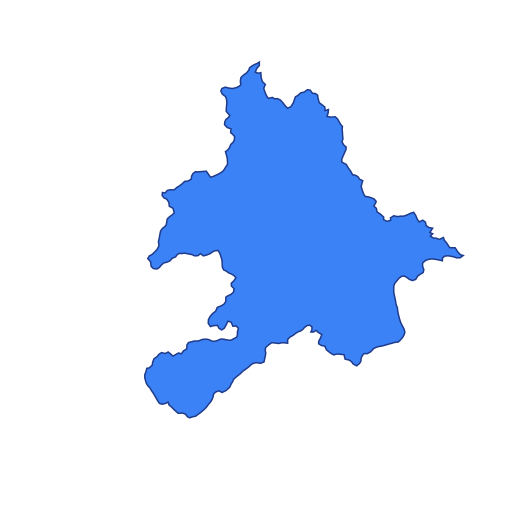 Raul Soares, Minas Gerais, Brazil, rotated 143°
{"feature_id": "56859067B17735283433426", "entity_name": "Raul Soares", "entity_type": "district", "adm_level": 2, "iso_a3": "BRA", "parent_name": "Brazil", "parent_adm1": "Minas Gerais", "projection": "albers", "projection_center": [-42.376, -20.024], "detail": "fine", "context": "isolated", "style": "filled", "palette": "blue", "viewbox_px": 512, "rotation_deg": 143, "n_neighbors": 0, "source": "geoboundaries", "source_scale": "gbopen_adm2", "svg_char_len": 5858}
<svg xmlns="http://www.w3.org/2000/svg" viewBox="0 0 512 512"><g transform="rotate(143 256 256)"><path d="M292.5,363.0L294.5,360.9L294.5,357.7L293.1,355.2L293.3,351.3L295.3,347.9L293.5,344.0L295.5,339.5L298.9,339.3L301.5,339.4L304.6,339.0L306.6,337.1L308.8,335.0L311.1,334.4L314.3,334.3L317.1,333.4L319.2,331.6L322.3,328.7L325.2,326.3L327.3,322.6L330.9,320.8L335.1,320.1L338.4,319.8L341.0,320.3L344.0,319.1L343.7,314.9L346.0,310.8L345.5,307.7L342.9,305.2L339.9,305.0L337.3,305.7L334.1,306.0L330.6,304.6L327.6,303.9L324.2,304.6L320.9,303.7L318.4,304.4L316.0,304.4L313.8,302.6L311.3,301.3L309.0,298.6L306.3,295.7L304.8,292.9L302.1,291.2L298.9,291.3L298.0,287.8L294.9,286.5L291.2,285.5L286.6,285.3L283.0,283.3L283.4,279.5L284.6,276.1L285.5,273.4L287.2,270.9L289.5,267.5L290.2,264.4L288.8,261.7L288.0,258.9L286.7,256.8L285.4,253.8L285.1,250.7L288.9,249.5L292.1,249.1L293.7,246.9L293.2,243.1L295.6,240.7L299.3,240.4L302.0,241.1L304.8,241.3L307.6,237.8L310.8,236.8L314.1,237.2L317.8,238.3L321.4,236.2L325.4,236.2L329.4,235.2L332.3,233.8L334.6,231.1L334.9,227.1L331.6,225.8L328.5,223.7L329.1,220.5L327.9,217.6L324.8,217.4L321.3,218.9L317.7,220.9L315.7,218.1L316.7,213.8L313.9,212.0L313.6,208.8L316.6,206.5L318.2,204.3L320.2,202.8L323.8,203.4L326.7,203.8L329.1,205.8L331.6,208.7L333.7,210.7L336.1,211.4L338.9,212.1L341.9,213.8L344.1,217.8L346.2,219.9L348.7,221.5L353.1,222.8L356.4,225.2L359.3,226.4L362.0,227.5L364.6,226.6L367.1,223.5L371.0,223.9L374.4,222.8L376.3,225.2L379.3,225.6L382.6,226.1L383.2,229.4L383.9,232.2L387.1,232.7L389.6,235.7L392.9,235.9L395.2,235.2L399.4,235.3L402.1,233.6L404.8,231.2L408.6,230.9L410.9,232.0L413.1,230.1L416.2,228.2L418.2,225.5L419.2,223.0L420.1,220.6L420.5,217.6L420.1,214.4L420.5,211.2L420.7,207.3L421.2,203.2L421.7,199.3L421.8,196.3L420.2,194.2L417.3,192.8L414.2,192.2L415.1,189.4L414.3,186.2L413.9,182.5L412.8,177.2L409.3,174.9L407.5,172.2L407.5,169.2L406.5,166.8L403.3,165.7L400.7,164.4L397.8,164.4L394.6,164.3L391.8,164.5L389.1,164.7L386.6,165.1L383.3,166.1L380.3,166.7L377.5,167.8L375.1,169.3L373.0,171.2L370.3,171.7L366.8,170.7L365.2,167.4L360.9,166.6L356.0,167.0L352.7,168.8L350.3,169.7L348.1,171.0L345.0,171.3L339.7,171.4L336.0,171.9L331.8,171.8L328.2,171.8L325.6,172.2L323.0,171.9L320.3,170.9L316.8,167.5L313.3,166.6L310.9,168.7L308.7,170.6L306.7,172.5L305.4,175.1L303.4,177.1L299.3,177.4L295.6,177.3L293.4,175.3L290.6,172.5L287.5,171.1L285.6,169.6L283.2,167.3L280.9,170.3L277.6,170.8L274.1,170.3L271.2,170.4L268.2,170.2L265.6,169.3L262.9,169.2L260.1,169.8L257.1,169.7L254.8,168.6L254.0,165.7L255.6,163.6L257.9,162.3L255.9,160.7L252.8,160.4L252.3,157.5L250.7,153.7L254.4,151.4L257.2,150.2L258.8,148.2L257.6,145.2L255.3,142.5L256.2,138.6L255.5,135.8L254.8,133.3L253.4,130.2L250.3,129.0L247.9,126.9L245.1,124.2L246.9,120.0L244.2,116.8L243.3,114.0L243.4,111.3L241.7,107.7L238.0,107.9L235.6,108.8L233.6,111.1L230.9,112.5L228.4,113.0L225.8,111.0L222.0,110.5L217.7,111.3L214.1,110.5L211.6,109.4L209.1,108.1L206.6,107.1L202.8,105.7L200.2,104.6L197.4,103.6L194.1,101.7L191.3,102.0L188.0,102.7L185.4,103.8L183.1,105.4L181.8,108.1L181.2,111.8L180.5,115.7L179.4,118.9L178.0,122.4L176.3,126.1L174.3,129.5L173.1,133.4L171.5,136.3L170.0,139.6L167.8,144.1L165.6,147.1L163.8,149.3L161.6,150.6L159.0,151.3L155.1,152.2L151.7,152.1L149.6,150.6L148.4,148.1L147.6,145.0L145.8,142.2L142.6,141.2L138.7,142.7L135.2,142.5L132.4,142.2L130.1,144.2L129.1,147.6L127.2,150.1L123.3,150.4L120.0,149.4L117.4,147.9L114.6,145.3L112.2,142.6L110.0,140.0L108.3,142.2L105.4,142.3L102.9,140.9L100.8,138.9L98.5,136.2L96.8,133.7L93.9,131.7L90.2,131.7L91.9,133.9L92.4,137.6L92.0,142.7L96.3,146.1L95.9,151.4L96.1,155.1L95.2,158.0L99.6,158.9L101.3,161.7L103.6,163.8L104.8,167.0L101.5,167.4L103.0,170.2L100.6,171.0L98.2,171.9L100.8,174.7L101.8,178.1L100.3,181.0L101.2,184.2L105.2,185.1L105.1,188.2L104.0,192.4L103.8,196.0L106.5,197.0L110.3,197.8L114.0,198.9L116.7,200.9L119.3,202.3L121.7,205.2L125.7,205.5L127.0,203.4L130.6,204.9L132.2,208.2L130.6,210.3L131.5,214.8L132.8,218.6L131.2,221.5L131.8,225.1L129.4,225.9L127.2,227.2L127.3,230.4L128.8,233.0L130.9,235.9L133.0,237.9L132.6,241.1L131.5,244.7L130.2,248.2L127.5,250.4L125.4,251.9L127.0,254.8L126.9,258.1L128.2,261.0L130.0,262.7L129.5,265.5L129.3,268.1L129.3,271.1L128.8,274.9L129.9,277.1L130.9,279.5L129.3,281.6L126.9,283.1L124.0,284.7L120.3,286.7L118.4,288.8L119.1,291.6L118.7,295.3L116.0,297.3L114.4,300.0L112.4,302.9L111.0,305.4L109.0,307.4L109.2,310.1L108.9,312.7L108.4,316.1L108.9,319.4L112.9,322.1L115.3,324.7L112.1,327.0L110.0,329.4L113.3,330.5L111.4,333.6L112.1,336.4L113.2,340.4L111.6,344.5L110.0,347.4L110.8,350.0L113.0,352.0L112.9,355.9L114.9,357.9L118.7,357.9L122.2,359.4L125.7,359.0L128.7,359.4L131.2,357.8L133.4,356.2L135.8,355.2L138.6,354.2L141.9,355.2L142.3,358.4L142.3,362.1L142.7,366.1L144.3,368.9L146.5,370.2L147.4,372.7L151.3,374.5L151.2,377.3L150.3,381.2L148.9,385.3L145.3,387.3L145.9,391.5L144.6,395.2L143.2,397.4L141.8,399.5L144.2,400.6L145.9,403.3L142.7,405.2L138.6,406.2L136.6,408.9L139.2,409.1L141.9,409.8L144.7,410.2L147.7,410.2L150.2,408.7L153.3,407.9L157.3,408.0L160.6,407.6L163.2,405.2L165.1,401.9L167.6,401.7L170.9,402.5L174.1,404.0L176.3,406.1L179.0,409.4L182.5,410.3L184.8,408.9L185.5,405.4L184.4,401.8L185.2,399.0L186.9,396.1L188.9,393.9L190.7,391.9L192.7,389.6L192.6,386.6L192.2,384.1L194.9,383.2L198.0,383.1L200.2,381.9L202.1,379.8L201.7,376.0L199.4,372.5L202.0,369.8L201.4,367.0L201.2,364.3L203.2,362.0L205.7,360.6L209.0,360.3L211.9,358.5L214.7,357.7L217.6,357.7L218.8,354.6L219.9,351.8L221.7,349.0L223.5,346.4L227.1,345.1L230.8,343.7L233.8,343.7L236.3,344.0L239.2,344.6L242.3,345.3L244.9,346.3L244.8,349.4L244.6,353.6L248.5,356.1L251.7,358.1L253.7,359.8L256.6,359.8L259.3,358.6L261.4,356.4L265.0,356.7L268.0,358.5L271.9,358.1L275.1,358.1L278.0,358.4L281.7,358.1L284.4,360.4L287.2,361.7L290.7,361.1L292.5,363.0Z" fill="#3b82f6" stroke="#1e3a8a" stroke-width="1.5"/></g></svg>